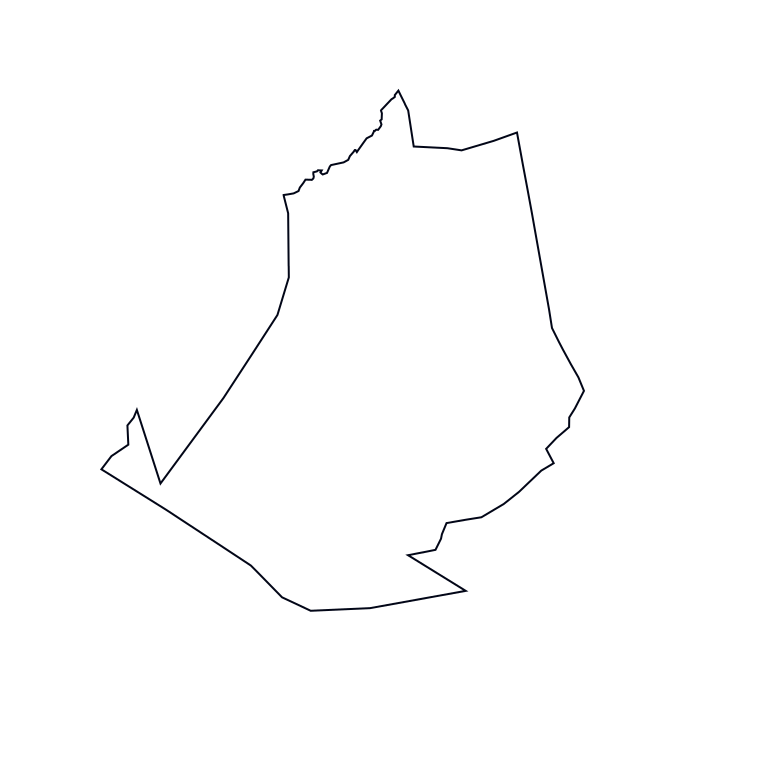 Yaxe, Oaxaca, Mexico (Albers equal-area conic projection), rotated 48°
{"feature_id": "50627088B44296897282663", "entity_name": "Yaxe", "entity_type": "district", "adm_level": 2, "iso_a3": "MEX", "parent_name": "Mexico", "parent_adm1": "Oaxaca", "projection": "albers", "projection_center": [-96.466, 16.708], "detail": "fine", "context": "isolated", "style": "outline", "palette": "ink", "viewbox_px": 768, "rotation_deg": 48, "n_neighbors": 0, "source": "geoboundaries", "source_scale": "gbopen_adm2", "svg_char_len": 1629}
<svg xmlns="http://www.w3.org/2000/svg" viewBox="0 0 768 768"><g transform="rotate(48 384 384)"><path d="M592.4,461.7L527.3,480.7L537.2,464.3L541.7,456.7L537.1,445.1L534.4,441.5L529.2,430.6L539.7,413.9L548.2,400.8L553.3,375.3L554.5,355.8L553.6,325.1L556.4,310.9L540.7,306.9L539.5,291.9L539.9,275.3L532.8,268.7L529.9,258.5L522.9,240.0L509.2,235.1L494.4,231.9L478.1,228.0L469.6,225.8L454.8,221.7L439.1,211.5L369.7,168.3L355.9,159.7L335.2,147.0L313.7,133.9L286.1,116.9L276.7,139.8L263.1,168.3L262.3,170.0L251.2,179.1L227.4,203.0L196.9,183.0L190.5,181.3L189.1,180.8L180.5,178.4L175.6,177.0L176.5,182.6L177.9,183.9L177.7,186.3L177.4,187.9L177.5,189.3L178.5,201.6L178.5,202.4L178.8,203.3L181.4,204.4L185.8,208.7L185.7,210.6L189.4,212.2L190.3,213.9L191.2,218.3L189.8,219.6L189.7,220.6L189.8,221.6L189.3,222.1L189.5,222.3L191.3,226.7L190.4,230.2L189.8,232.5L191.0,238.1L192.9,246.6L193.5,249.0L191.1,248.6L190.6,249.2L191.2,251.6L191.2,251.9L191.8,256.8L193.5,260.6L192.3,265.7L186.5,275.8L185.9,276.8L186.0,277.9L186.2,278.9L189.0,285.1L187.3,289.3L185.9,289.6L184.3,289.7L183.6,287.4L182.3,288.8L181.0,290.0L181.1,291.6L179.4,294.8L180.6,296.0L182.9,297.4L183.8,298.6L184.0,299.3L184.0,301.1L183.0,302.0L179.6,305.6L180.7,309.7L181.7,315.1L183.4,318.4L181.9,323.6L178.7,328.7L176.4,332.1L176.9,332.5L193.0,341.0L232.5,375.9L232.7,376.0L241.1,383.4L261.4,417.0L273.7,462.6L287.0,512.7L308.4,616.7L237.9,585.0L241.5,592.5L243.1,602.4L258.0,614.6L255.2,634.8L258.3,651.1L285.5,643.3L331.6,630.1L402.2,611.6L429.9,604.4L440.4,603.9L474.3,602.5L503.5,590.2L541.2,544.4L592.4,461.7Z" fill="none" stroke="#020617" stroke-width="2"/></g></svg>